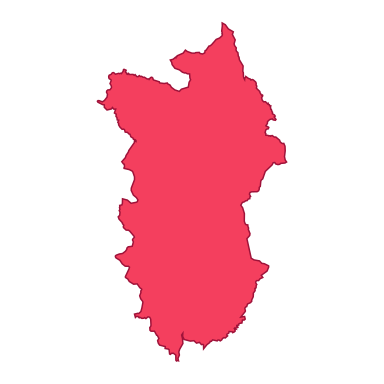 Axutla, Puebla, Mexico (Robinson projection)
{"feature_id": "50627088B68162704066779", "entity_name": "Axutla", "entity_type": "district", "adm_level": 2, "iso_a3": "MEX", "parent_name": "Mexico", "parent_adm1": "Puebla", "projection": "robinson", "projection_center": [-98.393, 18.185], "detail": "fine", "context": "isolated", "style": "filled", "palette": "rose", "viewbox_px": 384, "rotation_deg": 0, "n_neighbors": 0, "source": "geoboundaries", "source_scale": "gbopen_adm2", "svg_char_len": 5978}
<svg xmlns="http://www.w3.org/2000/svg" viewBox="0 0 384 384"><path d="M262.8,277.5L261.3,275.3L267.1,271.0L268.7,267.0L268.6,265.8L264.3,263.7L261.7,263.3L259.5,260.9L254.0,259.9L251.2,258.2L246.9,238.7L249.7,235.5L250.0,233.6L248.3,229.3L248.6,228.1L247.9,226.4L247.8,224.9L246.1,224.7L245.1,223.6L244.3,221.2L244.4,213.6L242.6,207.7L240.8,205.2L242.4,202.4L244.4,201.8L245.6,200.8L247.1,200.6L248.3,199.0L249.8,198.7L249.8,197.0L250.6,196.5L249.4,194.1L250.0,192.5L251.6,191.8L257.1,191.7L258.6,190.8L259.2,189.3L259.3,187.3L260.3,186.4L260.8,181.1L261.3,180.0L262.7,178.9L265.3,171.4L272.1,164.9L273.2,162.7L274.8,162.5L275.6,163.9L277.9,164.6L279.7,164.3L280.7,163.4L285.0,163.0L286.6,162.0L285.2,160.0L284.5,156.7L285.2,150.8L285.0,146.2L283.8,143.4L282.3,143.5L281.3,142.9L280.2,141.9L279.6,140.2L275.8,137.0L274.4,137.1L272.1,135.5L270.4,136.2L270.1,135.7L268.7,135.9L268.1,135.4L265.8,135.2L265.8,133.4L265.1,132.7L265.8,129.9L266.8,129.1L268.3,128.8L268.8,127.4L267.5,126.5L266.3,126.3L265.9,125.7L267.4,123.5L267.5,121.6L269.8,119.5L271.4,119.1L272.6,119.0L273.1,119.9L275.4,120.3L276.0,119.4L274.2,117.0L275.2,116.1L274.5,115.0L272.4,113.7L272.5,112.2L272.0,111.7L271.3,109.4L270.7,109.2L270.5,106.8L270.8,105.9L269.6,105.7L269.4,104.7L268.6,104.5L268.1,103.3L267.6,103.9L265.5,101.7L263.6,101.8L262.2,100.1L261.6,97.6L262.5,96.4L262.7,95.3L262.5,95.0L261.7,95.4L259.9,92.5L259.8,91.5L256.4,88.2L256.8,86.1L256.1,85.0L256.2,83.2L255.6,81.9L253.3,79.9L252.2,79.5L250.9,80.0L250.1,78.9L248.6,78.5L245.8,76.5L245.6,77.4L244.7,78.0L244.6,79.5L244.1,78.6L243.5,76.8L243.3,72.5L242.8,71.4L243.1,66.0L239.4,59.8L239.0,57.1L238.3,56.1L237.9,52.6L236.5,51.3L236.0,49.7L236.3,47.9L234.6,45.6L234.1,43.8L235.2,39.9L232.4,34.5L233.3,31.8L228.3,28.9L225.3,24.7L222.2,23.0L222.3,26.0L221.7,31.1L222.3,33.1L221.9,33.8L222.4,34.7L222.0,35.8L219.6,38.0L216.2,39.4L211.6,44.7L210.0,45.9L209.0,46.0L206.1,50.2L205.1,50.6L204.7,52.9L202.5,54.0L200.1,53.5L199.3,52.4L195.7,52.6L194.6,53.2L191.8,53.1L187.3,51.5L185.4,50.1L183.2,53.1L177.1,55.8L176.9,56.6L176.1,56.8L175.9,57.8L175.2,57.5L173.2,59.2L170.3,60.0L171.7,62.4L172.1,64.6L174.9,68.3L179.5,69.9L182.4,72.2L184.6,73.0L185.4,72.8L187.4,73.8L189.6,73.9L189.9,77.9L190.6,79.8L189.1,82.2L188.3,87.1L181.4,89.2L179.3,91.4L174.8,89.9L171.4,87.3L170.0,85.0L167.8,83.9L167.3,83.0L164.2,83.5L160.1,83.0L159.6,82.8L159.3,81.8L153.6,80.0L153.1,79.5L152.9,78.2L151.8,77.2L150.5,77.6L149.1,79.4L148.8,78.9L147.2,79.0L144.4,77.2L143.1,77.3L141.6,76.3L140.5,76.5L139.3,75.6L138.0,76.7L136.7,76.5L135.1,74.6L134.2,75.3L133.1,74.4L129.7,74.5L128.4,73.4L127.9,74.4L126.7,73.9L126.7,73.1L125.6,72.4L125.4,71.4L126.1,70.8L126.1,70.2L124.0,69.3L123.5,69.6L123.1,71.4L121.4,73.6L120.8,73.2L119.6,73.7L118.8,73.3L115.4,74.2L113.7,72.6L113.0,72.6L112.2,72.9L111.2,74.3L109.2,75.2L108.7,76.2L108.8,77.8L109.2,78.7L110.9,79.7L111.2,80.6L110.0,83.6L111.2,85.6L111.5,87.2L111.2,88.2L109.9,89.8L107.9,89.9L106.7,91.0L106.5,92.2L107.5,94.3L107.0,97.2L104.4,100.5L102.4,101.8L99.0,100.6L98.0,100.6L97.4,101.2L97.9,102.2L102.6,104.6L104.3,104.9L104.3,107.3L107.0,110.0L111.6,108.9L112.4,107.5L113.9,109.2L115.7,109.1L114.4,113.0L116.2,114.2L116.0,116.5L116.9,117.4L117.2,119.9L118.6,120.2L117.8,122.4L118.7,123.5L118.6,124.8L120.0,127.2L122.1,129.3L123.6,129.1L124.5,129.7L125.2,132.1L127.5,132.4L128.8,133.9L130.0,134.3L130.8,136.7L133.1,138.2L133.4,139.3L135.1,139.7L135.9,140.4L136.0,141.5L134.5,140.9L134.3,142.7L128.8,150.5L128.3,152.1L126.1,155.4L125.4,157.6L121.8,161.7L123.5,164.0L124.3,164.3L124.5,167.1L123.9,168.0L124.1,168.4L129.3,169.6L132.2,171.1L132.8,171.9L134.5,176.8L134.5,179.7L131.3,188.1L131.2,190.4L133.4,195.1L136.4,197.6L137.9,199.9L137.4,201.5L136.6,202.2L131.1,203.3L127.4,200.1L122.5,198.8L122.4,203.2L121.9,204.9L119.7,205.4L119.9,206.5L119.5,207.3L119.9,209.5L119.2,210.5L120.0,212.2L119.7,215.3L118.2,216.8L119.0,219.1L122.4,222.8L122.4,223.6L123.8,225.2L123.3,226.7L123.5,227.6L126.1,230.1L128.5,230.2L129.8,231.2L134.0,236.2L134.4,237.2L132.7,239.2L132.5,240.0L133.4,241.9L132.2,246.3L128.2,246.8L126.9,248.1L126.8,249.3L125.4,251.3L122.5,253.5L119.3,254.0L116.2,255.2L115.4,256.0L115.4,256.8L116.0,257.9L119.9,260.3L122.3,263.9L125.2,266.2L128.5,266.3L129.5,267.2L129.0,268.9L125.4,276.6L125.5,277.5L127.8,279.0L129.3,281.5L133.6,284.2L137.2,283.9L139.8,287.7L141.6,289.0L141.7,289.6L140.8,291.0L140.9,292.6L139.7,295.8L140.7,298.8L142.6,301.3L142.9,302.3L141.9,307.9L140.9,311.5L138.8,313.5L137.8,313.3L134.5,314.1L135.4,317.4L136.2,316.5L138.0,316.5L139.2,317.8L139.8,317.3L141.9,318.4L143.9,318.2L144.6,317.6L145.9,318.6L148.1,316.8L149.7,317.3L150.7,319.2L151.0,325.2L150.7,326.4L149.8,327.5L150.0,330.3L151.0,331.2L154.5,331.2L156.6,335.2L157.3,335.4L158.9,338.4L157.6,340.6L158.3,343.2L159.6,345.1L165.3,346.6L165.1,348.5L168.4,349.1L169.1,349.7L169.6,354.0L170.3,354.4L171.6,353.3L173.5,353.3L175.8,355.1L175.9,360.3L176.5,361.0L177.7,360.5L178.5,360.8L178.0,358.4L179.4,355.0L178.8,352.0L179.7,349.2L182.9,343.5L182.5,338.5L181.6,335.0L182.8,333.3L182.6,336.3L184.2,339.5L190.4,341.1L193.9,340.7L196.5,343.1L199.5,342.4L201.4,344.6L203.0,344.4L203.5,344.9L203.6,348.8L207.0,344.6L209.7,342.6L210.2,341.4L211.4,341.3L212.6,339.9L217.2,340.9L218.0,340.0L219.2,340.1L220.2,340.9L221.7,339.9L222.5,338.5L224.0,337.6L225.2,338.0L227.6,335.9L226.7,335.0L227.1,334.0L228.7,333.2L229.1,331.5L232.7,331.9L232.8,332.6L234.2,332.0L235.2,331.0L234.6,329.0L235.4,329.1L234.4,328.3L235.0,327.8L235.6,328.3L237.9,327.4L237.6,326.6L236.7,326.2L236.8,325.4L238.7,325.1L238.6,324.1L240.0,323.3L241.9,323.0L242.4,320.1L244.3,320.0L245.2,319.1L244.6,316.5L240.8,317.1L245.1,311.7L245.4,311.0L244.8,308.2L245.9,306.8L246.7,306.6L247.5,304.0L250.6,302.6L251.8,301.1L251.6,300.2L253.2,296.8L253.4,294.0L253.7,293.7L253.3,293.9L253.3,293.2L255.1,290.7L254.9,288.5L255.5,288.5L256.1,287.5L256.2,285.4L256.8,284.5L255.7,282.9L255.9,281.4L256.7,280.6L258.6,280.6L260.1,278.7L262.8,277.5Z" fill="#f43f5e" stroke="#9f1239" stroke-width="1.5"/></svg>